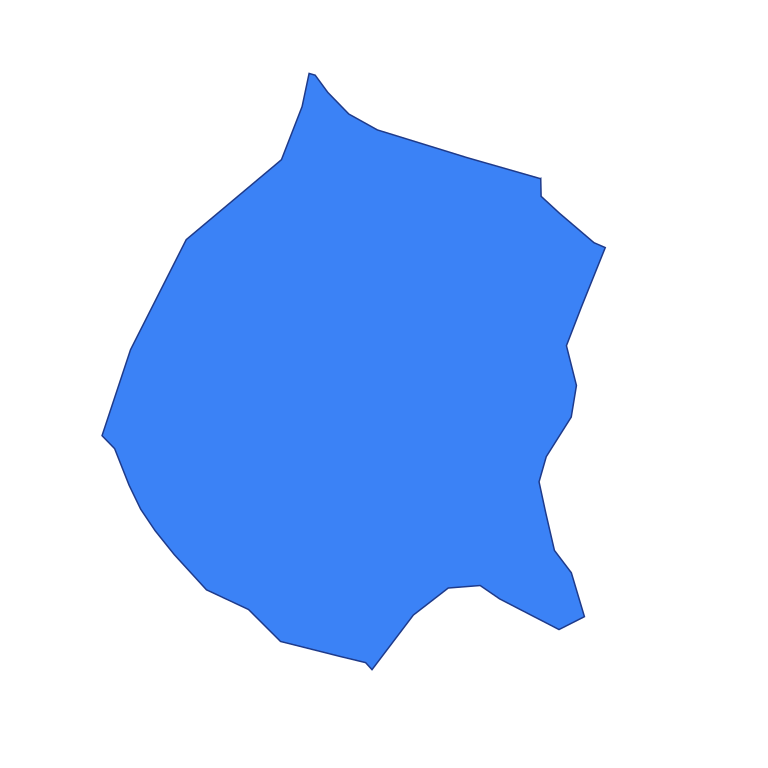 Strängnäs, Södermanland, Sweden, rotated 196°
{"feature_id": "70781695B8890772854641", "entity_name": "Strängnäs", "entity_type": "district", "adm_level": 2, "iso_a3": "SWE", "parent_name": "Sweden", "parent_adm1": "Södermanland", "projection": "mercator", "projection_center": [17.047, 59.38], "detail": "fine", "context": "isolated", "style": "filled", "palette": "blue", "viewbox_px": 768, "rotation_deg": 196, "n_neighbors": 0, "source": "geoboundaries", "source_scale": "gbopen_adm2", "svg_char_len": 711}
<svg xmlns="http://www.w3.org/2000/svg" viewBox="0 0 768 768"><g transform="rotate(196 384 384)"><path d="M316.8,106.1L292.1,170.0L266.0,205.6L236.0,216.8L213.6,209.3L148.1,196.2L127.2,215.6L151.9,254.2L174.3,271.0L193.0,304.7L208.0,332.7L208.0,358.9L194.9,403.8L198.6,435.6L219.2,471.1L215.5,512.3L208.9,576.1L221.1,577.7L262.2,596.4L284.7,607.7L290.0,624.8L290.3,624.5L366.9,624.5L460.4,626.4L492.2,633.8L518.4,648.8L535.3,661.9L541.6,661.9L539.2,628.1L544.4,571.4L546.7,567.9L613.9,468.3L637.1,347.2L640.8,256.6L625.1,247.6L601.1,216.4L583.4,196.6L563.6,179.9L538.6,162.2L497.9,137.2L452.1,129.9L412.5,108.0L351.0,110.0L324.9,111.1L316.8,106.1Z" fill="#3b82f6" stroke="#1e3a8a" stroke-width="1.5"/></g></svg>